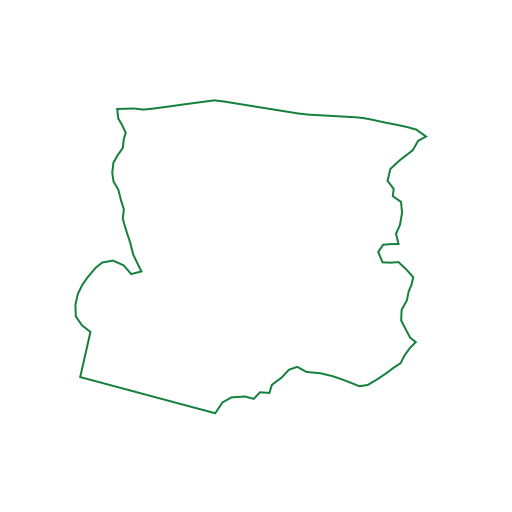 São Domingos, Paraíba, Brazil, rotated 19°
{"feature_id": "56859067B84117834141491", "entity_name": "São Domingos", "entity_type": "district", "adm_level": 2, "iso_a3": "BRA", "parent_name": "Brazil", "parent_adm1": "Paraíba", "projection": "mercator", "projection_center": [-37.944, -6.804], "detail": "fine", "context": "isolated", "style": "outline", "palette": "green", "viewbox_px": 512, "rotation_deg": 19, "n_neighbors": 0, "source": "geoboundaries", "source_scale": "gbopen_adm2", "svg_char_len": 1392}
<svg xmlns="http://www.w3.org/2000/svg" viewBox="0 0 512 512"><g transform="rotate(19 256 256)"><path d="M129.2,427.7L268.6,418.0L272.0,405.3L278.8,397.7L291.2,392.5L300.4,391.8L304.1,383.6L313.2,381.1L313.0,372.6L319.8,362.6L324.2,352.8L331.1,347.4L341.4,349.2L355.1,345.9L367.1,344.7L377.9,344.7L387.2,345.0L396.1,345.5L403.6,341.6L411.3,332.5L418.4,323.0L422.3,317.1L427.6,310.3L428.8,301.8L431.4,293.0L435.1,285.4L428.3,283.0L422.3,277.4L414.3,269.8L411.2,259.5L413.1,248.6L411.9,239.8L412.4,232.2L411.6,224.9L402.2,219.6L392.7,215.4L385.4,218.5L377.7,220.8L370.2,212.4L372.6,203.9L379.8,200.8L386.9,198.3L381.1,189.3L382.0,179.8L380.1,167.7L375.5,157.6L365.8,154.9L364.4,147.8L355.9,142.1L354.7,129.9L361.0,118.3L369.8,104.9L371.8,94.3L377.9,87.7L366.4,84.3L357.6,84.8L345.9,86.2L335.6,87.7L322.4,89.2L312.2,90.7L305.4,92.3L274.2,101.1L259.4,105.3L249.5,107.5L228.9,111.1L176.3,120.2L165.9,122.4L135.1,137.8L127.6,141.7L111.0,150.0L101.7,154.3L93.1,156.1L76.9,162.2L80.9,170.7L87.1,176.1L92.7,181.9L93.0,189.0L94.9,197.1L92.4,205.6L90.8,214.2L93.0,224.2L97.0,231.9L104.4,238.3L110.1,247.1L115.9,254.9L117.8,264.0L124.5,273.5L132.6,284.2L139.4,294.6L146.2,301.5L152.7,307.9L143.9,313.7L133.8,307.9L122.3,306.9L112.8,312.2L108.2,319.4L103.6,331.3L101.1,340.1L99.9,350.1L101.1,360.8L105.3,371.8L114.0,378.2L124.2,381.7L129.2,427.7Z" fill="none" stroke="#15803d" stroke-width="2"/></g></svg>